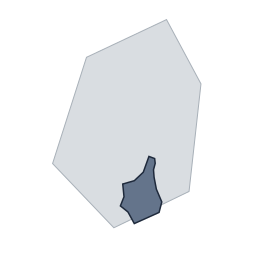 where Fiorentino sits in San Marino, rotated 344°
{"feature_id": "SMR-4890", "entity_name": "Fiorentino", "entity_type": "state/province", "adm_level": 1, "iso_a3": "SMR", "parent_name": "San Marino", "parent_adm1": "", "projection": "orthographic", "projection_center": [12.455, 43.909], "detail": "fine", "context": "in_parent", "style": "filled", "palette": "slate", "viewbox_px": 256, "rotation_deg": 344, "n_neighbors": 0, "source": "natural_earth", "source_scale": "10m", "svg_char_len": 504}
<svg xmlns="http://www.w3.org/2000/svg" viewBox="0 0 256 256"><g transform="rotate(344 128 128)"><path d="M169.2,205.8L86.9,220.0L45.7,141.4L107.6,48.6L194.9,34.4L210.3,105.7L169.2,205.8Z" fill="#d9dde1" stroke="#a8b0b8" stroke-width="1"/><path d="M140.1,208.4L134.6,217.7L107.7,221.6L104.8,208.7L99.2,200.8L105.2,193.0L107.5,180.4L119.5,180.4L130.5,174.7L140.3,161.1L145.2,164.7L144.4,169.5L141.0,175.2L139.5,182.5L138.4,194.6L140.1,208.4Z" fill="#64748b" stroke="#1e293b" stroke-width="1.5"/></g></svg>